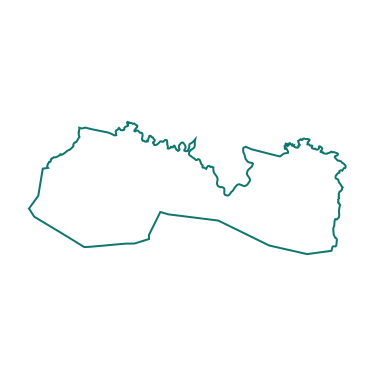 outline of Namaacha, Maputo, Mozambique, rotated 285°
{"feature_id": "85939544B88728478280907", "entity_name": "Namaacha", "entity_type": "district", "adm_level": 2, "iso_a3": "MOZ", "parent_name": "Mozambique", "parent_adm1": "Maputo", "projection": "mercator", "projection_center": [32.28, -26.074], "detail": "fine", "context": "isolated", "style": "outline", "palette": "teal", "viewbox_px": 384, "rotation_deg": 285, "n_neighbors": 0, "source": "geoboundaries", "source_scale": "gbopen_adm2", "svg_char_len": 6072}
<svg xmlns="http://www.w3.org/2000/svg" viewBox="0 0 384 384"><g transform="rotate(285 192 192)"><path d="M232.5,103.6L231.9,102.8L230.4,102.7L227.3,104.1L226.8,103.2L226.7,102.1L227.5,98.0L227.7,95.2L226.7,79.1L226.6,73.0L226.6,72.4L224.8,69.0L224.9,66.5L223.7,66.9L222.4,66.9L221.6,67.2L221.0,66.9L220.0,67.4L219.5,67.2L218.4,67.8L217.5,68.0L215.9,69.1L214.4,68.4L210.5,67.4L209.9,66.3L209.2,66.1L208.5,65.3L206.9,65.1L206.1,65.5L205.0,65.4L201.5,63.2L199.6,60.9L197.1,59.2L194.5,57.0L194.2,56.3L194.5,56.0L194.5,55.3L194.3,55.0L193.7,55.1L193.1,54.8L192.9,54.2L191.4,52.9L190.2,51.3L189.7,49.3L188.3,48.6L188.2,47.9L186.9,47.3L186.2,47.6L185.2,47.6L184.3,47.0L184.3,46.3L184.0,46.1L182.7,46.0L181.8,45.7L181.7,45.5L179.5,45.5L178.6,46.0L178.1,46.7L175.9,41.8L148.6,44.5L133.7,38.8L133.6,39.1L127.3,46.0L116.5,83.5L110.9,102.2L112.8,108.0L125.1,141.7L127.3,149.7L135.5,162.7L139.2,161.5L164.5,166.6L164.3,174.9L171.2,224.7L160.3,280.4L161.8,319.3L171.3,341.9L174.9,341.9L175.7,342.1L176.2,342.7L176.6,344.7L177.5,345.2L182.8,344.4L183.9,344.0L184.5,343.5L185.1,341.9L187.7,339.8L193.2,337.9L196.5,338.1L201.0,337.2L202.1,337.3L202.9,337.5L203.1,338.0L203.0,338.8L203.3,339.4L204.5,339.8L205.3,340.4L206.0,340.4L207.8,340.2L211.7,338.9L213.5,338.6L217.3,338.3L217.7,338.5L218.1,338.2L218.5,337.3L219.2,337.0L219.3,336.3L219.7,335.8L220.5,335.7L221.2,335.8L222.5,335.1L222.9,335.2L223.8,335.7L224.4,335.7L225.2,334.8L227.0,335.0L227.4,334.4L227.9,334.2L230.7,334.5L231.0,335.2L231.4,335.5L233.2,336.2L234.8,336.0L235.5,336.3L236.0,335.1L237.2,334.3L239.1,331.8L240.1,330.9L241.3,330.3L241.9,329.8L242.4,327.3L243.8,326.7L245.2,326.7L246.2,327.4L247.6,327.8L248.9,329.4L250.2,328.9L251.5,330.1L251.7,331.0L251.5,331.6L254.0,332.4L254.4,332.6L254.8,333.7L256.1,333.9L257.1,333.5L258.7,331.3L259.0,329.6L260.2,327.9L260.1,327.2L260.4,325.9L260.0,324.7L262.3,321.1L262.8,320.8L263.5,320.9L265.2,323.0L266.5,323.2L266.9,322.7L267.3,318.6L266.6,317.1L267.1,316.3L267.0,316.0L266.2,315.2L265.6,314.9L264.8,313.4L264.0,312.6L263.6,311.2L263.4,308.9L263.6,308.4L264.0,308.4L264.3,308.0L264.1,307.6L264.3,306.7L264.0,306.4L264.0,305.9L264.9,305.7L266.1,306.4L267.3,306.6L268.4,305.9L269.2,303.8L269.1,303.3L268.6,302.9L267.3,303.4L266.6,303.3L265.5,302.3L265.1,301.2L265.8,299.7L265.2,298.8L265.3,296.9L265.6,296.3L265.9,296.2L267.4,296.3L267.8,296.2L267.8,295.1L267.3,294.3L267.4,293.8L268.2,293.0L268.2,291.9L267.8,291.2L268.0,291.0L268.9,291.3L269.9,290.8L272.0,292.0L272.9,292.0L273.1,291.8L273.1,290.1L272.5,288.1L272.6,286.3L272.0,285.4L271.1,285.3L270.6,284.2L271.1,283.4L270.6,282.7L269.7,282.3L268.9,281.3L266.4,282.6L265.8,283.5L265.3,283.9L264.9,283.9L264.6,283.6L264.7,283.1L264.6,282.8L264.1,282.8L263.3,283.3L262.3,282.7L261.9,281.7L262.0,279.8L262.5,278.4L263.4,278.4L262.8,277.7L263.5,277.1L262.9,277.0L262.8,276.6L263.2,276.4L263.6,276.7L264.0,276.6L263.9,276.2L263.5,276.0L263.5,275.6L264.5,273.8L264.0,273.5L263.7,272.8L263.4,272.6L263.1,272.8L263.4,273.3L263.3,273.8L262.9,273.4L262.0,273.3L261.8,272.7L261.0,272.2L261.4,271.8L262.1,271.8L262.9,272.5L263.0,271.7L262.4,271.6L263.1,270.2L262.9,270.1L262.5,270.7L262.2,270.7L261.5,270.0L261.0,270.2L260.2,269.5L259.4,270.2L259.1,270.9L258.8,270.9L258.3,270.3L258.0,270.4L257.7,270.7L257.8,271.1L258.3,271.5L258.1,272.3L255.9,274.3L254.7,274.6L252.9,270.8L249.2,267.8L249.0,266.0L248.7,238.4L249.6,232.2L249.0,231.7L248.4,230.5L247.8,230.2L246.9,230.2L243.7,231.3L241.8,233.0L237.9,235.1L235.9,237.7L235.4,238.8L235.5,242.7L235.1,243.5L233.6,243.5L231.6,243.0L227.7,240.4L225.1,240.1L223.8,240.3L222.9,240.9L220.1,244.1L218.7,244.9L217.6,245.0L213.4,243.5L211.8,242.1L211.2,240.7L211.2,240.2L211.6,237.3L211.7,235.5L211.2,234.6L210.1,233.5L206.7,231.9L204.2,231.3L201.9,229.8L199.4,228.9L198.2,228.2L197.7,226.8L197.7,225.0L198.2,224.1L199.2,223.5L203.2,222.5L204.0,221.9L204.4,220.8L204.5,219.8L204.1,218.2L204.1,216.7L204.6,215.4L205.5,214.6L207.0,213.8L210.6,213.5L212.0,213.0L213.4,211.8L216.2,208.4L217.2,207.6L218.5,207.1L220.8,206.3L221.3,206.3L221.5,205.1L221.1,203.8L221.4,203.8L221.3,202.2L221.6,201.6L221.0,200.5L218.0,199.7L218.7,197.6L218.4,195.9L219.0,195.5L220.5,195.4L221.3,193.9L222.3,192.9L222.9,192.8L225.2,190.9L225.4,189.6L225.3,189.3L224.1,188.4L224.0,187.4L225.1,185.2L225.7,183.2L226.4,181.8L226.4,181.1L227.6,179.3L230.3,178.9L231.2,179.6L232.2,179.8L232.8,180.6L233.6,181.1L234.5,182.1L235.9,182.7L237.5,182.7L241.3,181.7L243.8,181.5L240.0,179.6L238.1,177.7L237.4,177.3L236.5,177.2L235.2,177.7L233.9,177.8L231.5,177.3L230.5,176.9L229.8,175.6L229.9,173.9L230.5,173.7L232.6,174.3L233.8,174.2L235.3,173.2L236.8,171.4L237.3,170.7L237.4,170.0L236.5,168.8L233.5,167.4L231.5,167.8L230.1,168.9L229.0,168.8L228.3,168.2L228.1,167.8L228.7,167.1L228.7,166.2L228.9,165.9L232.2,163.1L232.2,162.8L231.4,162.2L230.1,161.9L230.2,160.0L230.0,159.8L229.3,159.9L228.6,159.3L227.8,158.0L227.8,157.3L230.4,156.6L231.7,155.6L232.7,155.6L233.5,155.1L235.0,154.7L235.5,154.2L235.5,153.5L235.3,152.6L234.7,152.4L234.3,151.9L233.3,151.3L233.1,150.6L232.8,150.4L232.9,148.8L232.7,148.3L229.7,146.6L228.5,145.6L227.7,144.1L227.7,143.4L228.2,142.8L229.0,142.5L229.1,141.9L229.4,141.6L230.0,141.6L230.9,142.5L231.3,142.6L232.2,142.6L232.8,142.3L233.5,141.1L234.6,140.1L234.5,138.8L235.2,138.2L235.4,137.5L235.4,136.6L235.1,136.3L233.7,136.4L231.8,136.0L230.6,136.2L229.4,136.1L229.4,135.8L229.9,135.5L229.9,135.2L228.8,134.9L228.6,134.4L228.6,133.0L229.2,132.0L228.8,131.5L228.8,131.1L229.3,130.5L230.4,129.9L233.7,129.7L235.3,129.1L236.0,128.3L236.1,127.8L235.7,126.6L237.3,123.9L237.0,122.4L236.0,121.7L235.8,121.2L235.9,120.6L236.6,120.5L237.2,120.9L238.8,121.2L240.0,122.0L241.8,122.1L242.1,121.9L242.1,121.0L243.2,118.4L242.5,117.0L243.0,116.1L242.6,114.4L243.0,113.7L242.6,112.8L243.0,112.1L243.0,111.6L242.1,111.2L241.6,111.8L241.5,112.8L240.6,112.3L239.9,112.9L239.5,113.0L238.8,112.5L238.4,111.9L238.2,111.2L237.6,110.6L236.2,110.0L235.3,110.4L234.6,110.4L233.7,109.3L233.8,108.4L233.4,107.9L233.3,107.2L235.0,104.9L234.5,104.5L233.3,104.3L232.5,103.6Z" fill="none" stroke="#0f766e" stroke-width="2"/></g></svg>